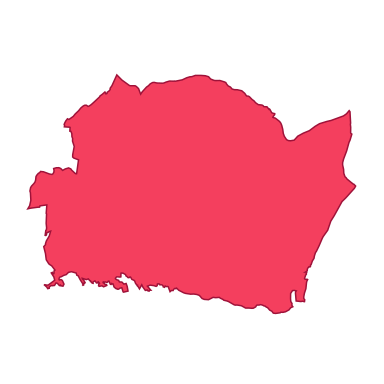 Stoina, Gorj, Romania, rotated 273°
{"feature_id": "2599482B4391298205138", "entity_name": "Stoina", "entity_type": "district", "adm_level": 2, "iso_a3": "ROU", "parent_name": "Romania", "parent_adm1": "Gorj", "projection": "mercator", "projection_center": [23.622, 44.679], "detail": "fine", "context": "isolated", "style": "filled", "palette": "rose", "viewbox_px": 384, "rotation_deg": 273, "n_neighbors": 0, "source": "geoboundaries", "source_scale": "gbopen_adm2", "svg_char_len": 5770}
<svg xmlns="http://www.w3.org/2000/svg" viewBox="0 0 384 384"><g transform="rotate(273 192 192)"><path d="M82.7,298.7L84.0,297.7L85.9,297.7L87.8,296.4L90.5,296.0L95.8,295.8L98.8,297.5L99.1,299.4L98.7,301.3L97.8,300.7L96.5,300.6L88.6,301.7L88.3,306.4L88.7,308.3L88.6,309.5L88.3,309.7L88.4,310.1L90.4,310.2L91.4,309.2L93.3,309.1L96.9,309.6L101.4,310.8L107.5,311.1L109.1,311.4L110.6,312.1L110.8,311.8L110.8,309.5L111.6,308.9L115.1,309.9L115.8,310.5L116.4,310.3L117.6,310.8L118.1,310.5L118.0,309.5L119.3,311.2L121.0,311.2L122.5,311.9L123.5,312.8L123.3,313.7L124.3,314.3L125.2,314.1L125.9,314.8L129.4,315.8L132.1,317.3L134.6,317.6L138.0,318.5L139.2,319.3L144.9,321.7L152.5,324.5L154.3,325.3L160.9,329.5L170.1,332.1L175.9,335.3L190.3,342.3L194.2,345.9L204.2,354.0L206.5,355.1L208.2,353.3L208.2,352.9L209.7,350.7L213.1,346.1L214.5,345.0L215.2,344.0L218.7,342.6L222.6,342.2L226.9,341.0L229.2,340.9L233.0,341.7L241.2,344.3L249.8,346.2L252.0,347.1L258.2,348.6L258.8,347.6L259.6,347.3L265.0,347.1L268.0,346.6L269.0,346.8L279.2,345.7L280.4,345.6L281.5,344.7L278.2,342.2L275.9,339.3L270.7,327.1L269.5,322.9L266.9,315.8L264.0,311.5L259.4,306.0L256.6,300.1L253.3,294.7L249.1,291.3L248.3,287.6L248.4,285.5L249.2,283.7L252.4,281.3L255.3,280.1L259.5,279.3L263.3,278.1L265.4,277.1L267.0,275.8L270.1,271.4L270.7,268.9L271.8,269.2L273.6,270.5L274.6,270.5L274.9,268.6L275.4,267.4L278.5,265.5L278.9,265.1L278.5,264.7L281.0,262.4L281.0,259.3L282.0,258.4L282.5,257.3L282.7,253.6L284.5,250.8L286.3,249.1L287.5,247.2L290.1,244.4L290.6,243.5L290.8,241.4L293.3,239.5L295.7,236.4L296.5,231.9L296.4,229.1L296.9,226.7L298.8,224.9L299.8,222.6L301.5,221.0L303.1,220.0L303.7,218.4L304.8,214.0L304.5,209.6L304.6,208.2L305.8,204.7L308.0,202.5L308.8,199.2L308.9,194.9L308.6,189.2L307.2,185.9L306.9,183.8L305.8,180.7L303.5,176.4L301.7,169.3L301.9,169.0L301.7,167.8L301.6,163.7L300.4,160.3L299.3,158.0L299.1,156.8L299.0,151.3L299.5,148.4L299.2,146.8L297.8,144.6L295.9,143.0L294.4,141.1L289.5,137.1L287.0,135.6L292.5,133.2L294.3,131.1L295.0,130.0L295.1,129.1L294.9,124.7L295.1,123.9L300.1,116.2L305.0,110.8L294.0,106.5L291.3,104.8L290.2,105.0L288.7,104.0L287.1,102.1L285.9,101.9L285.5,100.9L287.3,99.8L284.7,97.1L283.1,95.1L282.1,94.7L276.8,89.6L273.9,86.7L272.5,84.8L272.0,83.7L273.1,82.1L273.1,80.8L272.9,80.0L271.9,78.5L270.0,76.5L267.2,74.5L263.7,71.2L261.3,69.5L258.0,65.3L258.6,63.8L256.3,62.2L253.8,61.1L252.6,60.8L251.9,61.3L250.4,61.1L250.3,66.5L250.1,66.9L246.4,66.8L246.3,67.8L244.1,68.9L241.0,69.2L239.2,70.0L236.6,70.0L231.3,72.0L222.9,70.9L220.7,71.0L219.7,72.2L218.2,77.0L204.2,75.8L204.1,75.3L204.5,74.3L207.6,70.6L208.7,69.8L209.6,67.5L208.4,64.2L206.8,61.7L208.6,59.7L209.3,57.8L209.1,55.2L208.2,52.6L206.3,53.1L204.5,53.0L202.9,52.2L202.2,51.3L202.5,48.8L204.4,42.7L204.6,39.7L203.3,38.8L202.6,37.6L200.5,36.0L199.2,35.4L195.7,35.2L193.8,34.7L192.2,33.7L189.6,31.5L188.0,30.6L184.5,30.1L182.7,30.7L175.3,31.5L169.9,30.6L166.6,28.9L167.4,31.7L168.8,39.2L168.9,40.6L170.2,40.9L171.5,47.7L163.0,47.5L162.5,47.9L153.1,48.0L148.5,48.7L146.6,48.5L145.9,48.0L141.0,47.6L140.9,48.3L141.5,48.9L143.5,49.1L144.1,49.7L144.0,50.3L144.8,51.1L145.5,52.9L140.5,51.7L135.5,49.1L132.8,48.4L131.8,48.5L129.7,46.8L122.8,48.9L116.7,50.0L113.0,52.6L112.4,53.2L110.9,55.8L106.9,59.2L106.6,58.7L106.2,58.5L105.2,58.3L103.8,58.5L103.1,58.1L103.1,57.5L104.4,56.7L103.8,55.7L99.9,58.5L96.7,59.5L91.7,53.5L91.4,52.3L91.7,49.7L91.4,49.5L89.5,51.9L87.9,53.0L88.4,54.5L89.5,54.4L90.7,55.5L91.2,56.6L91.1,57.5L91.5,59.6L94.1,61.0L93.7,62.4L91.7,64.4L91.5,65.2L92.1,65.5L91.4,66.4L91.2,68.1L93.3,69.0L96.6,67.3L97.3,66.6L97.7,65.6L97.2,64.1L97.6,63.8L98.1,63.7L99.3,64.0L100.2,64.6L100.5,65.8L102.1,68.4L102.9,70.7L105.3,72.9L106.1,75.8L105.0,80.6L102.9,81.3L102.4,82.7L98.6,84.9L94.5,87.8L93.9,88.1L93.4,87.7L93.1,88.0L93.5,88.7L95.3,88.7L95.3,89.6L95.9,90.0L98.5,88.3L99.3,87.1L100.1,86.9L99.0,91.0L99.8,93.0L98.3,94.4L98.1,95.1L97.3,95.3L97.4,95.8L96.2,96.5L95.6,97.7L95.6,98.0L96.7,97.7L98.1,99.5L97.9,100.1L96.3,101.2L96.1,101.8L96.6,103.0L97.2,102.8L97.4,103.1L96.0,104.4L95.2,103.7L93.5,103.6L92.9,104.2L93.6,107.0L92.7,108.7L94.2,111.8L95.0,111.5L95.3,109.9L96.1,109.2L96.6,108.1L97.3,107.9L97.6,108.3L97.3,109.4L97.7,110.0L97.2,111.8L97.7,112.5L98.4,112.8L98.7,113.7L95.6,115.3L95.4,116.0L96.4,116.7L95.9,117.2L96.0,118.0L93.1,119.1L91.6,121.0L91.6,122.0L91.1,122.3L91.0,123.2L91.2,123.9L92.2,125.1L92.7,126.9L88.7,128.4L88.4,128.9L89.7,133.3L94.4,132.2L97.2,131.0L96.5,128.8L98.4,126.7L98.4,124.2L100.0,123.3L100.4,121.6L101.1,120.3L101.8,120.0L103.1,120.9L103.4,121.5L103.3,124.6L103.5,125.4L107.2,125.3L107.4,126.0L107.3,127.4L106.1,129.9L104.6,130.6L104.3,131.4L103.2,132.5L103.1,133.5L103.9,134.5L103.8,135.1L101.6,136.5L100.8,138.6L100.0,139.5L98.2,140.2L96.2,141.7L96.1,142.5L95.3,142.4L94.5,143.3L92.5,144.6L96.7,146.7L94.5,147.9L91.3,150.5L91.3,151.1L91.9,152.3L90.9,153.2L90.8,154.4L91.7,154.6L91.8,156.0L95.6,152.4L96.8,155.1L96.5,158.7L95.9,161.1L96.6,162.1L98.4,162.3L98.6,163.7L98.2,164.0L98.2,164.5L97.6,164.8L97.8,166.3L97.6,167.0L96.8,168.0L95.8,168.2L95.4,169.5L96.7,170.1L96.2,171.1L96.4,172.7L96.2,173.2L91.3,175.3L92.5,176.5L92.6,178.3L93.7,178.7L94.8,179.8L94.9,180.5L94.5,181.0L95.2,181.7L93.2,183.9L90.9,189.0L90.4,190.9L89.9,195.9L90.2,199.1L89.9,202.2L89.3,204.3L88.7,205.2L86.2,207.6L85.4,209.8L85.3,214.1L87.9,218.6L87.7,221.2L88.2,224.7L87.4,225.9L86.3,228.6L85.6,229.4L85.0,232.6L84.5,234.2L81.5,240.1L81.3,241.2L81.5,242.8L81.0,247.3L78.9,251.6L79.1,254.6L79.0,258.0L79.2,259.4L80.6,261.6L82.0,262.3L82.5,262.9L82.6,264.9L83.1,266.3L83.0,267.2L82.6,268.7L82.1,269.6L81.8,271.1L81.0,272.1L80.5,273.5L78.1,275.8L77.1,278.0L75.3,279.5L75.1,281.8L76.0,286.4L76.6,287.0L76.6,289.2L77.3,291.7L79.4,295.1L81.5,296.5L82.7,298.7Z" fill="#f43f5e" stroke="#9f1239" stroke-width="1.5"/></g></svg>